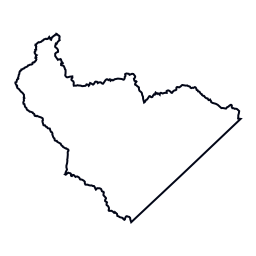 the district of Água Azul do Norte, Pará, Brazil
{"feature_id": "56859067B16314817871005", "entity_name": "Água Azul do Norte", "entity_type": "district", "adm_level": 2, "iso_a3": "BRA", "parent_name": "Brazil", "parent_adm1": "Pará", "projection": "robinson", "projection_center": [-50.563, -6.762], "detail": "fine", "context": "isolated", "style": "outline", "palette": "ink", "viewbox_px": 256, "rotation_deg": 0, "n_neighbors": 0, "source": "geoboundaries", "source_scale": "gbopen_adm2", "svg_char_len": 5530}
<svg xmlns="http://www.w3.org/2000/svg" viewBox="0 0 256 256"><path d="M112.9,80.4L111.9,79.8L110.5,80.8L109.8,79.3L108.4,80.1L107.4,79.3L106.5,79.3L105.4,80.3L103.1,83.7L102.4,83.7L100.7,82.3L98.7,82.4L97.8,83.1L97.0,81.8L95.7,81.6L95.1,81.9L93.8,84.0L93.0,84.6L91.4,83.6L90.1,83.0L89.2,85.3L88.7,85.8L88.1,84.7L86.5,84.4L86.0,85.3L85.4,85.8L82.9,86.1L82.0,86.1L80.7,85.6L78.7,85.5L77.5,85.2L76.6,85.6L73.8,85.7L73.6,84.5L73.8,82.8L73.3,81.3L72.4,80.8L71.6,80.1L71.4,79.2L71.7,78.5L72.4,77.7L72.3,76.4L69.8,76.7L67.7,77.3L66.7,77.2L66.1,76.7L65.4,75.8L65.2,75.1L65.5,74.0L65.6,71.2L65.5,69.8L65.0,69.3L64.8,68.4L63.9,66.3L63.4,65.7L62.2,65.5L61.1,65.1L61.1,63.6L61.9,63.6L62.8,63.1L62.5,62.6L61.6,61.6L61.0,59.6L60.6,59.1L59.8,59.5L59.2,59.3L58.5,59.4L57.9,59.8L55.2,56.0L55.2,53.7L55.7,53.1L56.6,52.4L57.9,52.0L58.1,51.3L57.9,49.9L57.5,49.1L56.9,48.3L55.3,47.1L55.1,46.2L55.3,45.5L55.6,45.0L55.6,44.1L55.9,43.5L56.6,43.9L57.8,41.7L59.7,40.1L59.2,39.1L59.3,38.4L59.6,37.9L59.4,37.1L59.6,36.4L59.1,35.7L58.4,35.5L57.1,34.2L56.3,33.8L56.0,34.7L55.5,34.6L55.0,34.9L54.7,35.5L53.8,35.8L53.3,36.4L52.5,36.8L52.2,37.5L51.2,37.9L51.4,38.8L51.1,39.8L50.5,39.5L49.2,37.0L47.8,38.9L46.7,39.1L46.0,38.7L43.8,39.5L43.2,40.4L42.5,40.5L41.3,41.7L39.2,42.4L38.5,42.2L36.6,43.8L36.2,44.6L35.5,44.6L35.4,45.3L36.0,45.5L35.9,46.1L36.3,46.8L36.0,47.5L36.2,49.6L35.2,49.8L35.3,51.5L34.7,51.8L34.6,52.8L35.8,54.8L36.7,55.2L35.9,56.1L35.7,56.9L36.2,57.4L35.5,58.0L36.1,58.4L36.4,59.4L36.1,59.9L36.0,60.5L35.5,60.8L34.5,62.2L33.9,62.5L33.3,62.3L32.5,62.8L32.4,64.0L31.7,64.5L29.9,64.7L29.3,65.1L28.1,65.4L27.6,66.3L27.1,66.6L24.6,67.7L24.3,68.3L23.1,68.7L22.3,69.4L21.4,69.4L21.0,70.5L20.2,70.8L19.9,71.6L19.5,72.0L19.3,74.0L18.8,74.7L18.5,76.6L17.9,78.0L18.3,78.7L17.7,79.3L17.0,79.6L16.5,82.0L15.4,82.4L15.4,83.2L15.9,84.3L16.2,84.9L17.0,85.4L17.2,86.0L16.8,86.4L17.4,88.0L19.2,89.3L19.5,89.9L21.1,91.8L22.4,92.7L22.7,93.2L23.1,93.6L24.0,94.9L23.9,95.9L24.3,97.9L23.8,97.9L23.9,98.7L23.8,99.6L24.0,100.4L23.3,102.4L23.5,103.8L24.4,104.1L25.0,106.6L25.4,107.2L26.4,108.0L26.8,109.4L27.5,110.2L28.3,110.4L29.7,111.7L30.5,111.7L32.7,112.5L32.9,113.2L34.1,113.9L34.5,114.5L34.4,115.1L34.6,115.6L35.1,116.0L35.7,116.0L36.4,116.2L37.0,115.8L38.3,116.5L41.0,117.4L42.5,118.2L42.8,118.8L42.9,120.3L42.4,120.9L42.6,122.2L43.5,125.2L44.2,125.4L44.9,125.3L45.9,126.7L46.8,126.9L47.7,128.2L49.8,128.6L50.3,130.4L51.0,131.9L51.7,132.1L52.1,132.5L52.5,133.8L52.3,134.4L53.3,137.2L54.0,138.2L54.5,138.5L54.6,139.6L54.8,140.4L56.1,140.9L56.8,140.9L57.2,141.8L60.7,143.7L60.8,144.3L61.2,144.9L61.7,145.6L62.6,146.1L63.0,146.9L65.8,148.5L66.4,148.4L67.4,149.3L68.2,149.5L68.5,150.2L68.4,150.9L67.9,151.5L67.7,152.3L67.8,154.7L67.5,158.3L67.2,159.8L67.4,160.6L67.1,163.1L66.4,165.7L66.4,167.4L67.0,169.5L65.6,172.5L65.6,173.9L65.0,174.3L65.6,174.7L66.1,174.5L67.5,173.1L68.4,172.7L69.4,173.2L70.1,173.2L70.6,173.5L71.1,174.3L71.0,175.6L71.4,176.0L71.9,176.1L73.0,174.9L73.7,175.0L75.5,176.9L76.0,176.6L77.4,176.5L78.9,177.4L79.4,177.9L79.9,179.1L80.3,179.5L80.9,179.4L82.3,179.8L83.8,180.7L84.8,181.7L84.8,183.2L85.3,184.5L85.8,184.7L87.8,184.7L88.2,185.0L89.7,185.4L90.5,185.5L91.7,185.4L92.7,186.0L93.9,186.0L94.8,187.2L95.3,188.6L95.9,189.6L96.4,189.2L96.7,188.6L97.2,188.2L99.7,188.3L100.8,188.8L101.2,189.2L101.9,191.2L103.0,191.8L103.5,191.8L103.8,192.4L103.4,195.0L103.7,195.5L105.9,197.9L106.0,198.5L105.3,199.5L105.1,200.2L105.1,201.0L105.6,201.5L106.6,201.9L107.0,202.4L106.7,203.1L106.5,204.6L106.7,205.2L107.8,205.8L108.8,207.4L109.0,208.9L108.6,210.1L108.8,210.7L109.5,210.9L111.6,210.8L113.9,212.4L114.2,212.9L114.8,212.8L115.0,212.2L117.0,213.9L117.4,216.0L118.6,216.3L119.6,217.1L122.6,217.9L123.3,219.0L124.3,219.8L124.9,219.4L125.0,218.7L125.5,217.3L126.3,216.3L126.9,216.2L127.9,216.6L129.2,216.9L130.1,217.9L130.3,219.4L131.2,222.2L182.9,173.7L240.6,118.9L238.1,118.5L238.3,116.5L238.3,115.2L238.8,113.6L239.2,111.1L237.1,109.1L235.9,108.7L234.5,108.8L234.0,108.4L233.2,108.1L232.4,108.2L231.7,106.9L231.8,105.4L231.3,104.9L230.5,104.9L229.1,105.9L228.5,106.6L227.1,107.2L226.1,108.5L225.4,108.5L222.8,108.0L221.4,108.1L217.7,104.8L215.8,103.8L212.5,102.9L211.2,102.1L211.0,101.1L210.1,99.7L209.8,100.1L208.7,100.1L208.2,99.6L207.7,98.5L207.2,98.3L206.4,98.3L204.8,97.1L204.5,96.4L204.0,95.9L203.3,95.9L202.0,95.0L201.8,94.2L200.9,93.8L200.4,93.3L199.5,91.7L198.1,91.4L197.7,90.3L196.7,90.0L196.1,88.2L195.4,87.3L194.8,87.1L193.4,87.9L192.7,87.7L191.4,88.1L190.6,87.8L190.0,86.7L189.1,86.3L188.1,86.1L187.4,85.5L185.7,85.6L182.4,85.0L181.9,85.2L180.8,86.3L179.4,87.3L178.7,87.3L177.8,87.0L176.7,87.2L176.4,87.7L176.3,89.7L175.7,90.2L174.4,90.4L172.8,91.6L172.5,92.3L171.9,92.9L171.3,92.7L170.4,91.6L169.1,90.7L168.2,90.4L167.3,90.6L166.6,91.1L166.7,92.9L165.5,92.8L164.4,92.9L162.7,93.5L160.9,92.8L160.1,93.2L159.8,93.9L159.7,94.7L158.3,93.5L157.8,93.3L157.2,93.9L155.6,92.5L155.3,93.1L155.3,94.1L154.8,94.7L153.9,94.4L153.0,95.7L152.4,96.9L151.8,97.2L151.1,97.1L149.9,96.1L149.3,96.2L147.1,99.5L146.4,99.7L145.8,100.3L145.0,101.8L144.1,102.5L143.1,98.7L143.0,96.8L142.2,95.0L141.9,93.3L141.6,92.6L140.7,91.7L139.7,91.0L139.3,90.4L138.9,88.7L138.9,87.5L138.4,86.9L137.6,86.5L136.5,85.4L135.1,84.6L135.1,84.0L135.4,83.1L136.5,81.6L136.0,81.1L135.0,81.1L134.4,80.7L133.9,78.8L134.8,77.8L135.2,76.8L135.1,76.2L133.4,74.0L132.1,73.8L129.5,74.8L128.8,73.8L126.3,73.5L125.1,74.2L125.5,75.9L124.7,77.0L124.8,77.8L124.4,78.9L123.7,79.7L123.2,79.6L121.8,79.0L117.9,78.6L114.5,79.3L113.7,80.0L112.9,80.4Z" fill="none" stroke="#020617" stroke-width="2"/></svg>